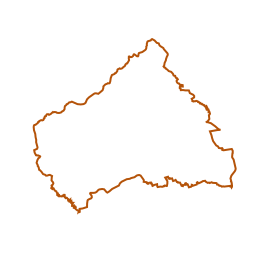 Kong Ra, Phatthalung, Thailand (Mercator projection), rotated 77°
{"feature_id": "78962969B88814874297751", "entity_name": "Kong Ra", "entity_type": "district", "adm_level": 2, "iso_a3": "THA", "parent_name": "Thailand", "parent_adm1": "Phatthalung", "projection": "mercator", "projection_center": [99.958, 7.422], "detail": "fine", "context": "isolated", "style": "outline", "palette": "amber", "viewbox_px": 256, "rotation_deg": 77, "n_neighbors": 0, "source": "geoboundaries", "source_scale": "gbopen_adm2", "svg_char_len": 5782}
<svg xmlns="http://www.w3.org/2000/svg" viewBox="0 0 256 256"><g transform="rotate(77 128 128)"><path d="M192.2,112.4L192.4,109.4L193.0,107.9L192.9,106.1L192.5,106.1L192.3,105.0L193.2,103.6L193.2,103.1L190.8,102.1L188.7,101.6L184.7,102.9L184.5,100.0L186.3,99.9L186.2,99.0L186.5,98.9L186.5,98.5L187.0,98.5L187.0,96.4L189.8,96.0L189.7,94.7L189.3,93.3L191.6,92.5L191.7,91.9L192.1,91.8L192.2,91.4L192.5,91.4L192.9,89.6L196.4,88.8L197.0,87.6L196.7,87.4L196.3,87.8L195.9,87.4L196.3,86.9L195.9,85.4L196.2,84.9L195.8,84.8L195.5,85.1L195.2,85.0L194.7,84.5L194.8,84.0L195.9,84.2L196.4,83.3L196.1,82.7L196.3,82.5L199.5,82.0L199.4,79.7L198.9,79.4L198.6,78.8L197.7,78.6L197.9,78.2L198.9,78.1L198.5,73.7L197.5,73.1L196.7,73.2L196.5,72.9L196.4,72.5L197.8,71.6L197.1,68.3L196.6,67.1L196.8,64.7L197.8,64.3L199.4,62.7L199.4,61.3L200.0,60.8L199.7,58.7L200.5,57.8L201.5,54.4L201.7,54.1L203.2,53.9L203.6,52.6L204.8,52.1L205.2,50.7L206.3,49.7L206.2,48.5L206.7,47.6L207.4,41.4L207.6,40.9L208.2,41.3L208.5,40.8L208.3,40.5L209.2,40.4L208.7,39.9L207.0,39.5L206.0,39.6L205.7,39.4L204.1,39.3L203.5,39.4L203.3,39.7L202.7,39.4L200.2,39.5L197.6,37.9L194.1,33.6L192.8,32.6L191.6,32.2L182.5,32.2L180.4,33.0L179.7,33.1L176.1,31.9L176.0,31.6L173.8,31.1L171.8,31.6L171.2,39.9L170.6,41.1L170.0,41.0L169.4,40.5L168.9,40.7L168.7,40.9L168.8,41.8L167.9,44.0L166.3,44.4L164.8,46.0L159.9,48.0L156.7,48.3L153.9,48.3L149.7,48.9L150.1,41.4L150.6,38.3L149.9,39.6L149.0,40.5L146.0,42.6L142.0,46.1L140.3,49.0L140.1,49.8L139.8,50.0L139.2,48.6L137.5,46.7L133.7,46.3L133.1,45.3L132.4,44.9L131.1,45.0L130.8,46.0L130.6,46.0L130.3,45.9L129.9,45.2L129.3,45.4L127.8,45.5L127.6,45.9L128.1,46.2L128.2,46.5L127.9,47.2L126.4,47.4L125.9,46.3L124.2,46.7L124.3,47.0L125.1,46.9L125.0,47.6L123.9,48.5L122.9,48.5L122.6,49.4L122.3,49.4L121.6,50.2L121.2,50.4L121.3,51.1L120.2,51.7L120.2,52.1L119.8,52.0L119.7,52.6L118.9,52.9L118.5,53.8L118.1,53.7L117.5,54.4L116.9,55.5L117.1,56.6L116.7,57.8L116.9,58.2L116.3,59.2L115.8,59.0L113.9,59.4L113.1,56.7L111.7,56.3L110.3,57.0L107.9,59.9L105.1,60.2L104.3,63.6L103.4,65.8L103.0,68.0L101.3,67.9L100.9,68.6L99.7,68.4L99.1,67.9L99.0,67.4L99.7,66.1L99.9,65.3L98.5,65.1L97.4,67.8L96.2,68.2L96.0,68.8L95.1,69.7L94.0,70.1L93.1,70.1L92.6,69.8L91.8,68.5L90.5,69.0L90.3,69.7L89.3,70.2L87.8,70.3L87.5,71.2L87.0,71.8L85.3,72.0L83.0,73.3L81.7,75.5L79.9,76.6L78.6,77.9L77.7,78.0L77.2,79.0L76.0,79.5L75.5,78.8L72.7,77.6L70.6,75.9L69.5,75.5L67.1,74.0L66.2,73.1L65.0,72.6L64.0,72.8L59.3,75.3L58.0,75.6L55.6,78.0L54.6,78.7L52.5,79.0L51.5,80.8L48.7,82.4L46.8,84.5L46.9,85.1L47.8,86.2L47.9,88.9L48.2,89.6L50.3,90.8L51.8,91.0L52.8,91.9L54.1,92.1L55.2,92.8L55.8,93.5L57.2,97.0L57.4,100.4L58.3,101.1L60.0,101.7L60.4,102.2L60.1,103.1L58.1,104.8L57.5,105.5L57.6,105.9L59.1,107.0L59.7,108.4L59.5,109.6L58.6,110.5L58.6,111.1L60.4,111.6L62.2,111.7L64.9,114.2L64.7,114.7L65.6,116.3L66.4,116.6L67.2,117.6L67.4,118.5L68.5,120.2L68.7,121.8L68.0,122.9L68.3,123.3L68.5,124.8L68.9,125.2L70.2,125.7L71.7,127.5L71.7,128.4L72.3,128.9L72.8,131.8L75.5,133.6L78.6,134.8L80.2,135.8L80.3,136.5L79.8,137.6L80.2,138.5L80.4,140.2L81.9,142.6L83.6,143.1L85.5,144.3L88.0,149.2L87.0,151.4L86.8,152.3L87.0,153.4L89.4,159.2L90.9,161.5L93.8,163.6L94.4,164.7L94.7,166.0L94.4,168.8L93.4,171.8L89.7,176.8L90.0,178.2L89.8,179.5L91.0,181.4L91.0,182.4L91.7,182.9L92.4,184.4L93.4,185.0L95.4,185.6L96.6,186.9L97.2,188.9L97.7,189.4L97.9,191.2L97.6,192.8L97.0,194.1L96.6,194.3L96.1,195.3L95.9,195.9L96.0,197.0L95.5,197.5L97.0,200.2L97.4,202.0L96.6,202.6L96.4,203.9L96.8,204.5L98.0,205.3L97.9,206.2L98.2,206.6L99.5,207.0L99.7,207.9L100.7,208.2L101.2,208.8L101.3,209.9L100.8,210.8L101.3,213.0L101.9,213.3L102.0,214.3L103.0,214.9L103.5,216.4L104.1,217.3L104.0,218.6L104.6,219.2L105.9,219.7L109.0,220.1L112.9,219.7L116.1,220.1L118.9,220.1L121.2,220.7L126.5,220.5L127.8,221.2L128.5,224.4L131.0,224.5L133.8,223.8L133.9,223.1L134.3,222.9L134.6,221.5L135.4,220.7L135.4,220.4L135.9,220.0L136.8,220.7L137.3,222.1L138.9,223.5L141.4,224.9L144.0,224.3L144.8,224.5L145.4,224.1L146.7,223.9L148.7,224.0L149.0,223.5L151.1,222.2L153.8,221.1L155.0,219.2L156.0,218.6L156.2,217.2L156.0,215.7L156.1,214.7L157.7,212.8L159.0,213.4L161.9,214.3L164.2,213.2L165.2,213.2L166.3,214.1L166.7,214.7L166.6,215.1L166.8,215.4L169.1,215.0L169.3,215.4L169.0,216.1L169.4,216.3L170.5,215.4L170.1,214.7L170.1,214.1L172.5,213.4L173.6,212.1L175.2,211.9L175.9,211.0L176.5,211.1L176.3,211.7L177.3,212.1L178.3,211.3L178.0,210.2L178.4,210.2L178.6,210.7L179.1,210.5L179.1,209.6L179.8,207.9L179.2,207.1L179.9,206.5L179.8,206.0L179.2,205.9L178.7,205.4L178.9,204.8L181.4,205.1L182.3,204.5L182.0,203.8L182.3,203.2L183.6,202.7L183.9,202.1L184.2,202.1L184.8,202.6L185.4,202.6L185.8,202.1L184.9,200.6L186.5,201.2L186.2,199.6L186.7,199.7L187.4,199.5L187.6,200.2L188.0,200.3L188.4,198.9L188.7,199.6L189.2,199.5L189.4,199.1L189.9,199.6L190.7,199.2L190.9,199.9L191.2,200.0L191.3,199.3L191.6,199.2L191.5,198.5L192.2,198.9L192.7,198.7L192.3,197.4L192.8,196.8L193.4,196.8L193.3,198.3L193.7,198.6L194.4,197.5L195.2,197.2L196.8,195.9L197.1,195.1L197.9,194.7L198.8,195.1L198.6,194.7L199.0,194.3L198.9,193.9L195.9,193.3L196.2,190.4L195.8,185.7L192.3,184.8L189.5,183.7L189.1,183.3L188.7,182.2L188.2,179.6L187.3,178.8L185.8,178.7L183.5,179.7L183.0,179.5L182.8,179.0L183.5,175.9L183.6,174.4L183.2,173.0L181.8,171.0L181.4,169.8L181.6,166.9L182.4,165.0L185.7,163.3L186.3,162.6L185.5,160.3L183.8,157.1L182.0,149.8L180.1,148.3L178.9,146.2L177.6,140.7L177.9,137.7L177.5,136.2L177.4,132.7L176.3,130.2L176.2,129.3L176.3,127.7L177.2,126.4L182.0,124.4L182.8,124.4L184.0,124.8L185.0,122.0L185.5,121.6L186.1,122.0L186.8,121.3L186.9,120.6L186.4,120.3L186.1,119.7L186.3,117.9L187.0,117.9L187.2,117.6L187.5,117.9L188.5,117.0L189.7,117.3L190.0,117.1L189.4,115.1L189.3,112.3L191.4,112.6L192.2,112.4Z" fill="none" stroke="#b45309" stroke-width="2"/></g></svg>